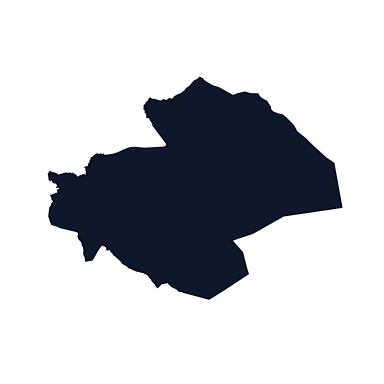 outline of Nord-Odal nor, Hedmark, Norway, rotated 163°
{"feature_id": "86288312B23847912636129", "entity_name": "Nord-Odal nor", "entity_type": "district", "adm_level": 2, "iso_a3": "NOR", "parent_name": "Norway", "parent_adm1": "Hedmark", "projection": "robinson", "projection_center": [11.686, 60.44], "detail": "fine", "context": "isolated", "style": "filled", "palette": "ink", "viewbox_px": 384, "rotation_deg": 163, "n_neighbors": 0, "source": "geoboundaries", "source_scale": "gbopen_adm2", "svg_char_len": 6023}
<svg xmlns="http://www.w3.org/2000/svg" viewBox="0 0 384 384"><g transform="rotate(163 192 192)"><path d="M321.7,252.7L322.2,252.7L322.0,252.4L322.4,252.4L322.5,251.7L323.3,251.4L323.6,251.4L323.7,251.1L324.0,251.0L323.9,250.7L324.1,249.5L324.2,249.4L324.1,248.9L324.3,248.3L324.6,246.5L324.8,246.1L324.6,245.6L324.7,245.2L323.8,244.7L322.3,244.7L321.6,244.3L322.1,243.2L321.9,242.7L321.9,242.1L321.4,241.9L320.9,240.9L319.2,240.7L318.7,239.7L318.9,239.4L318.6,238.7L318.1,238.3L318.6,237.1L319.5,236.1L318.6,236.1L317.8,235.6L316.6,234.0L316.9,233.6L317.6,233.4L319.7,233.1L319.8,231.7L320.8,230.1L327.9,229.9L327.6,228.1L327.7,227.2L327.1,226.2L327.1,225.8L327.7,225.5L327.1,225.1L327.1,223.8L326.9,223.4L327.6,222.7L328.6,222.1L329.6,221.4L329.6,221.0L329.9,221.0L330.1,220.4L329.8,220.4L329.8,220.2L330.0,220.1L330.2,219.4L332.1,219.0L335.1,212.5L335.9,210.4L335.6,202.2L330.1,198.4L328.2,196.5L313.8,188.1L313.3,187.7L312.6,186.7L312.3,184.5L313.0,184.1L313.5,183.3L313.6,182.5L313.9,182.3L313.6,181.4L313.8,181.0L313.5,179.5L313.0,179.0L312.5,178.8L312.3,178.4L312.7,178.2L312.1,177.0L312.2,176.6L312.0,176.0L312.0,174.4L311.7,174.0L312.2,173.5L312.2,172.6L311.7,171.9L311.9,171.5L311.8,171.0L312.0,170.2L311.8,170.0L311.9,169.8L311.7,169.2L313.5,164.3L313.1,160.7L313.7,157.1L307.3,156.4L298.8,164.3L293.4,168.4L293.2,168.2L293.4,168.0L292.8,167.7L292.4,166.8L290.9,166.0L289.4,163.9L289.7,163.4L289.6,163.1L289.7,162.7L289.8,162.6L289.8,162.4L290.2,162.1L290.1,161.6L289.4,161.3L288.8,161.4L288.6,161.8L288.6,162.0L288.2,161.9L287.7,161.6L287.6,161.2L286.6,160.2L286.0,158.9L286.7,158.7L285.8,157.5L285.4,157.3L285.5,156.8L285.4,156.4L285.1,156.2L285.2,155.8L284.7,155.1L285.1,154.9L285.0,154.6L284.0,153.9L283.9,153.3L283.3,153.0L283.4,152.8L283.3,152.7L283.5,152.7L280.3,147.5L279.9,146.4L279.8,145.8L279.1,144.2L277.6,142.4L276.0,141.0L274.3,138.1L271.8,136.2L270.9,135.1L269.6,134.2L268.9,133.4L267.6,132.6L267.4,132.3L265.2,131.6L264.7,131.1L264.7,130.8L264.1,130.4L262.0,129.6L261.0,129.0L260.8,128.6L261.2,128.5L260.9,128.2L260.3,127.8L259.1,126.6L258.7,126.5L258.8,126.2L258.0,125.6L257.8,124.2L257.3,123.3L257.2,122.3L256.4,121.2L256.0,120.1L256.1,119.5L255.8,118.6L255.5,118.2L255.4,117.7L254.5,116.1L254.6,115.6L253.6,114.6L253.8,114.3L253.9,113.4L253.4,113.0L253.5,112.7L253.2,112.3L253.3,111.8L252.9,110.9L252.6,110.9L247.3,113.7L246.3,112.9L245.6,113.1L244.9,113.2L244.6,113.0L244.1,113.2L243.4,112.7L241.5,113.2L241.3,113.0L241.2,112.5L240.8,112.2L241.1,111.7L241.0,111.2L240.0,110.1L239.8,109.1L239.3,108.1L234.5,103.4L233.5,101.2L230.4,99.8L229.7,99.1L229.5,98.7L207.0,84.7L188.3,89.7L162.2,97.4L162.3,102.6L161.5,119.3L168.1,133.9L168.0,134.3L145.8,134.9L111.6,142.5L53.3,133.7L48.1,177.9L51.0,181.7L54.0,185.2L63.5,201.4L68.3,210.3L73.5,217.9L74.4,219.7L75.3,225.0L77.4,229.6L77.9,230.3L78.5,231.5L80.7,235.5L82.9,239.0L87.3,241.6L92.3,245.6L91.9,245.8L92.2,246.1L92.3,246.6L92.6,247.1L92.6,248.0L92.8,248.9L92.2,250.9L93.0,251.1L93.0,251.3L93.5,252.1L93.4,252.7L93.0,253.0L93.5,254.0L93.6,255.1L93.8,255.4L94.3,256.9L98.0,260.7L99.7,263.3L100.5,266.5L107.4,268.7L112.3,271.9L119.2,272.4L124.8,272.1L136.0,283.8L140.7,286.9L142.8,288.7L143.6,290.0L145.2,291.5L148.3,295.2L149.0,297.3L149.6,297.7L149.9,297.8L150.2,298.3L150.2,298.6L151.5,299.3L152.2,298.4L153.0,298.3L153.4,297.9L157.0,297.5L157.3,297.2L159.7,296.1L160.5,295.3L163.5,293.5L166.0,292.8L167.5,292.1L168.9,290.9L170.6,290.3L170.9,290.0L174.6,288.9L176.6,288.9L180.3,288.2L181.2,287.8L182.1,286.9L183.5,286.3L184.2,286.3L186.0,287.7L187.1,287.6L187.2,287.2L187.8,287.2L188.5,286.8L189.2,287.0L189.9,286.5L191.2,287.5L191.3,287.9L192.6,288.4L193.2,288.3L193.9,287.9L195.3,287.9L197.1,288.6L197.4,289.3L198.9,289.8L200.7,291.4L202.5,291.7L203.1,292.3L203.8,292.7L204.4,293.8L205.4,293.7L205.7,293.3L205.6,293.1L205.8,292.8L207.2,291.9L207.1,291.7L208.4,291.2L209.0,290.7L209.5,290.7L210.2,289.6L212.2,288.7L211.7,288.1L211.9,287.8L212.9,287.1L212.9,286.4L212.6,286.2L213.1,285.7L212.8,285.6L212.6,285.2L212.8,285.0L212.5,285.0L212.7,284.8L212.5,284.7L212.4,284.3L212.0,284.3L212.2,284.2L212.4,283.8L212.1,283.7L212.5,283.6L212.0,283.6L212.0,283.4L212.4,283.3L212.2,283.1L212.7,282.7L212.3,282.5L212.8,282.3L212.1,282.0L212.6,281.7L212.5,281.4L211.8,281.5L212.0,281.2L212.3,281.1L211.9,280.9L212.0,280.6L211.4,280.6L211.2,280.5L212.2,279.9L211.7,279.5L212.3,279.3L212.0,278.9L212.3,278.9L212.5,279.1L212.5,278.6L212.7,278.3L212.7,278.0L211.9,278.0L211.8,277.8L213.0,277.3L213.2,277.0L212.8,276.7L212.8,276.4L212.0,276.5L211.3,275.9L211.0,275.3L210.1,274.9L210.7,274.6L210.8,274.3L210.6,273.8L210.7,273.3L210.4,272.9L210.5,272.5L209.8,270.9L209.8,269.9L209.5,269.2L209.4,267.8L209.8,267.4L201.9,245.4L202.2,244.1L202.9,243.5L204.0,243.1L206.0,243.0L224.6,247.5L232.6,250.8L236.9,252.1L240.2,252.3L244.7,251.9L251.7,251.0L256.3,250.9L262.1,251.8L264.7,252.4L266.0,253.2L265.8,253.9L267.1,253.6L268.2,254.2L268.3,255.0L269.6,254.6L270.9,255.2L271.3,255.9L272.1,256.1L275.2,255.0L275.6,254.2L275.9,254.0L277.3,254.2L278.4,253.8L278.5,252.9L279.0,252.7L279.5,252.0L280.3,251.5L280.0,251.3L280.0,250.6L279.5,250.2L280.1,249.8L281.3,249.7L282.2,249.2L283.0,248.0L282.9,247.4L283.2,246.8L283.2,246.3L284.4,246.6L286.9,246.8L286.4,245.9L286.6,245.3L286.4,244.7L286.8,243.9L286.4,242.4L286.8,242.1L287.5,240.9L287.4,239.6L287.7,238.9L289.9,239.1L290.1,239.9L291.2,240.2L292.8,240.0L293.3,239.7L294.1,240.2L295.0,239.7L297.0,239.4L297.5,239.7L298.3,239.8L299.0,240.4L299.0,240.6L298.3,241.0L298.5,241.2L298.3,241.6L298.6,241.6L298.6,242.2L299.7,242.2L299.7,242.7L300.0,243.1L300.5,243.1L300.1,243.7L301.2,243.6L301.4,243.9L301.1,244.1L301.3,244.3L301.2,244.5L302.1,244.4L302.7,244.7L302.8,245.2L303.3,245.7L304.3,245.5L304.7,245.8L305.4,245.7L306.2,246.5L308.8,247.0L311.7,246.7L312.6,247.2L314.0,246.9L314.2,246.6L314.8,246.8L315.3,246.6L315.6,246.9L315.5,247.5L315.9,247.7L315.9,248.4L317.4,249.0L317.2,249.5L318.0,249.8L318.3,250.3L319.4,250.5L319.3,251.0L320.7,251.8L321.7,252.7Z" fill="#0f172a" stroke="#020617" stroke-width="1.5"/></g></svg>